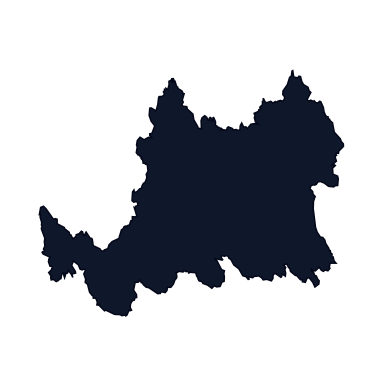 Cuautla, Jalisco, Mexico (Equal Earth projection), rotated 353°
{"feature_id": "50627088B81723111751248", "entity_name": "Cuautla", "entity_type": "district", "adm_level": 2, "iso_a3": "MEX", "parent_name": "Mexico", "parent_adm1": "Jalisco", "projection": "equal_earth", "projection_center": [-104.52, 20.204], "detail": "fine", "context": "isolated", "style": "filled", "palette": "ink", "viewbox_px": 384, "rotation_deg": 353, "n_neighbors": 0, "source": "geoboundaries", "source_scale": "gbopen_adm2", "svg_char_len": 6028}
<svg xmlns="http://www.w3.org/2000/svg" viewBox="0 0 384 384"><g transform="rotate(353 192 192)"><path d="M304.7,89.0L302.9,90.1L299.7,97.1L294.6,102.8L294.0,106.4L295.5,108.9L294.9,111.2L293.2,112.9L291.0,111.9L288.3,112.3L287.7,113.5L285.8,112.3L283.2,113.6L281.2,111.6L277.0,112.5L275.5,111.4L274.4,108.2L273.9,108.3L274.2,109.8L272.9,110.7L272.6,113.9L269.6,116.1L270.2,118.0L268.4,118.4L267.9,119.8L266.8,120.4L263.2,121.5L263.9,124.1L262.9,125.8L263.5,130.1L265.9,132.7L262.4,131.7L258.7,131.9L254.6,135.9L253.5,133.9L251.2,133.8L249.7,129.6L247.9,132.2L247.2,136.1L245.2,136.4L243.3,135.3L241.0,135.6L239.6,133.7L236.0,131.8L234.8,132.5L233.8,134.8L230.3,134.0L228.7,132.3L228.2,133.9L226.6,131.0L225.0,130.8L224.8,129.5L223.4,128.8L223.9,125.0L222.6,120.7L221.8,120.9L221.4,123.4L220.7,124.0L219.8,120.6L219.0,120.2L217.9,121.3L218.0,123.2L216.5,122.5L215.8,119.7L213.9,117.8L211.0,119.6L209.7,122.3L209.0,130.5L208.5,131.2L208.7,130.2L205.8,129.4L205.7,127.8L202.6,120.5L202.4,114.8L197.4,109.0L197.2,106.6L193.7,105.8L192.4,104.6L194.3,101.6L193.6,100.2L193.9,98.8L196.2,93.5L195.3,93.2L194.3,90.4L190.7,87.6L190.6,86.1L189.6,85.4L188.6,79.8L186.4,79.4L186.4,80.8L185.2,79.9L186.3,78.3L187.6,78.2L187.3,77.2L185.7,77.1L184.8,78.6L182.6,79.3L182.3,82.7L180.4,87.4L178.9,86.0L178.9,86.7L177.3,86.6L177.0,88.1L175.8,89.1L176.4,90.3L176.2,92.2L174.1,93.5L170.9,93.3L170.4,94.1L168.7,101.0L166.2,107.1L161.8,103.6L160.5,103.6L160.2,104.8L160.4,103.1L158.8,110.8L160.1,116.8L163.1,121.7L159.4,128.9L157.1,129.1L157.0,130.8L158.5,133.2L155.4,132.4L150.8,134.3L147.1,131.3L144.0,134.2L142.7,138.5L143.1,140.8L141.5,146.1L143.1,148.8L144.6,148.9L144.8,150.6L146.4,151.7L145.6,152.6L147.0,154.6L147.0,157.4L149.4,158.0L149.2,158.7L150.9,159.5L150.9,165.8L148.7,169.0L149.0,171.5L148.4,173.5L146.3,177.0L144.9,177.4L143.4,179.4L142.0,182.4L140.5,182.4L137.6,184.9L134.9,185.5L134.6,182.9L133.0,184.7L131.4,193.2L132.9,195.0L135.4,194.7L136.6,195.5L136.6,198.8L134.1,199.3L133.3,201.5L132.9,201.0L134.3,209.2L132.7,209.8L129.8,209.2L129.2,213.0L127.7,213.2L126.0,217.0L123.4,217.6L122.7,218.6L121.8,217.7L120.4,218.1L118.9,220.3L117.4,220.9L113.7,229.2L106.7,231.5L103.2,234.3L101.5,238.0L97.9,238.8L97.5,239.7L94.9,239.6L93.7,237.2L87.4,233.2L87.3,227.0L86.8,225.8L85.3,225.5L82.0,218.8L80.8,220.4L81.0,222.5L80.2,221.3L79.0,221.7L78.5,218.2L77.4,217.4L74.9,219.6L71.8,220.3L71.6,221.9L68.0,224.0L66.5,219.7L65.3,219.3L65.2,217.0L60.9,212.7L61.0,211.7L54.3,207.1L54.8,202.6L53.4,201.8L51.1,202.1L45.1,190.9L42.8,188.0L39.9,188.9L37.7,195.9L38.7,196.0L38.2,198.5L39.1,204.0L38.5,206.5L39.1,208.1L38.1,209.4L38.1,210.7L40.3,220.1L39.4,223.2L39.4,227.7L37.6,230.6L38.3,232.2L37.3,233.6L36.3,233.1L35.9,233.8L36.8,235.5L43.2,239.4L41.9,240.8L41.0,243.7L42.0,248.3L43.5,248.5L44.2,249.7L42.7,252.4L39.9,254.5L41.8,258.3L41.3,259.6L41.5,262.1L44.0,262.0L46.3,264.4L48.8,263.5L49.5,262.4L51.3,262.1L52.7,257.7L54.1,256.4L55.1,261.6L56.1,259.3L56.2,257.0L57.1,257.8L58.7,257.2L59.4,254.6L61.9,258.4L63.3,262.3L62.8,258.8L66.6,258.3L66.5,256.5L63.6,250.2L65.9,246.1L70.3,250.4L71.5,254.9L73.6,256.0L74.8,255.3L76.1,255.8L76.6,257.0L74.6,260.1L75.8,265.5L75.0,268.7L77.1,270.9L78.1,278.9L80.3,282.6L81.2,282.9L81.1,285.4L83.0,285.4L84.0,287.0L84.6,289.9L83.8,292.5L85.4,292.9L86.3,292.2L86.3,293.6L90.7,299.3L91.9,298.7L100.2,304.0L105.8,305.0L107.3,306.2L110.7,305.9L111.2,306.9L112.5,306.1L115.2,301.5L116.0,302.3L117.6,302.0L116.6,299.0L117.4,295.5L119.5,292.7L121.7,292.2L122.4,290.1L124.2,290.0L124.4,287.0L121.7,281.5L122.4,281.3L124.5,274.9L127.9,274.9L129.5,273.1L130.6,275.8L132.0,276.6L132.3,278.0L134.8,280.8L137.7,281.9L145.5,288.7L148.2,288.8L148.4,288.0L149.9,287.4L153.1,288.6L155.1,286.8L156.0,283.7L159.4,284.0L162.4,281.0L164.2,277.4L166.2,275.5L166.7,273.8L166.3,270.0L168.0,270.1L168.7,269.0L173.4,270.3L174.5,268.9L175.9,270.2L178.2,270.3L179.0,272.1L180.0,271.4L185.9,272.6L186.3,275.9L187.6,278.1L187.3,278.8L188.2,281.1L191.1,282.3L191.7,284.1L196.1,286.3L200.0,290.0L202.6,287.8L204.9,289.2L208.4,289.2L210.7,285.1L213.0,284.6L213.8,280.1L213.6,276.9L214.6,274.1L211.9,272.7L208.4,263.3L206.6,261.6L207.2,261.0L213.6,263.3L214.2,262.9L213.0,260.6L213.3,259.2L214.8,259.1L216.5,259.8L218.0,259.2L220.1,260.3L220.5,262.2L222.4,263.8L224.6,269.5L229.1,273.9L232.2,281.3L235.5,282.8L237.1,285.6L237.9,285.6L238.1,283.1L241.9,284.5L243.1,283.4L247.9,283.4L250.6,285.5L251.9,287.9L255.6,287.8L260.0,289.9L261.8,287.7L262.4,284.2L264.5,282.8L269.8,287.5L270.6,287.1L271.4,284.4L274.4,286.9L275.1,283.8L274.7,280.4L275.8,278.4L274.2,275.6L276.4,275.0L277.3,275.3L278.8,279.0L279.7,279.7L280.1,282.9L284.4,287.4L285.7,287.7L288.9,292.3L290.8,292.6L290.6,294.5L293.5,295.5L295.7,291.5L297.9,291.5L300.9,296.5L302.4,301.3L306.7,298.8L307.4,295.6L306.0,293.6L305.2,290.5L303.8,290.0L302.8,286.5L300.9,285.0L301.2,282.9L302.8,284.9L304.8,285.4L309.0,282.2L310.8,285.4L312.7,286.8L314.6,285.7L317.3,286.8L319.6,284.6L319.2,283.2L320.4,279.5L326.3,280.2L324.6,277.6L324.2,273.7L323.3,273.6L323.0,272.5L323.5,270.7L322.2,269.2L322.1,267.0L321.2,266.8L320.8,264.3L318.5,259.5L317.9,255.7L316.2,253.0L314.0,252.5L311.3,247.0L310.3,242.0L310.3,223.2L311.5,215.9L313.7,211.5L311.8,208.8L311.9,206.6L310.9,204.8L309.4,203.6L310.7,200.5L312.6,199.7L314.9,200.1L316.3,199.0L316.4,197.9L316.7,199.1L318.1,197.4L320.6,197.2L324.3,199.2L328.2,203.0L333.2,204.2L335.0,203.2L337.4,203.3L338.8,196.6L338.4,193.9L334.1,191.5L334.4,185.5L337.5,183.2L336.4,182.1L334.4,182.2L339.1,179.0L338.2,174.1L339.9,173.2L339.2,172.3L340.5,171.1L342.1,171.5L342.7,169.3L347.9,165.2L348.1,162.7L346.3,160.0L345.7,157.3L340.5,149.9L339.9,140.4L337.7,137.9L337.4,136.5L336.3,136.1L336.2,133.9L335.0,133.6L333.8,132.1L332.8,128.2L332.7,124.1L330.9,118.2L329.9,117.5L327.8,118.8L325.8,118.6L324.4,116.3L323.3,116.8L321.1,115.3L319.1,116.0L317.9,114.9L317.6,114.1L322.1,107.7L320.5,105.6L319.9,102.2L315.8,99.0L314.4,95.6L313.8,90.6L312.2,90.1L310.8,91.6L307.0,90.2L306.8,83.8L306.0,84.1L304.7,89.0Z" fill="#0f172a" stroke="#020617" stroke-width="1.5"/></g></svg>